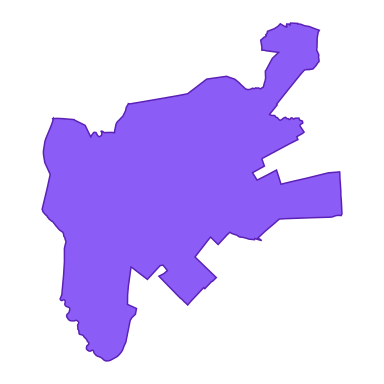 Halmeu, Satu Mare, Romania
{"feature_id": "2599482B67315502601683", "entity_name": "Halmeu", "entity_type": "district", "adm_level": 2, "iso_a3": "ROU", "parent_name": "Romania", "parent_adm1": "Satu Mare", "projection": "mercator", "projection_center": [23.064, 47.974], "detail": "fine", "context": "isolated", "style": "filled", "palette": "violet", "viewbox_px": 384, "rotation_deg": 0, "n_neighbors": 0, "source": "geoboundaries", "source_scale": "gbopen_adm2", "svg_char_len": 5818}
<svg xmlns="http://www.w3.org/2000/svg" viewBox="0 0 384 384"><path d="M85.2,338.0L86.7,339.6L87.4,341.4L87.9,341.9L88.6,342.5L88.9,343.5L88.6,344.4L87.0,345.7L86.6,346.7L86.4,347.7L86.5,349.1L87.5,350.1L88.8,351.0L90.3,351.1L90.8,351.0L91.9,350.3L92.7,350.2L93.1,350.4L93.6,351.3L93.9,352.5L94.4,353.4L95.8,355.0L96.3,355.5L97.6,356.2L100.6,357.3L102.1,358.3L103.9,360.0L105.2,360.7L106.6,361.0L107.6,360.7L108.4,360.8L110.0,360.5L116.4,357.0L117.7,356.1L119.5,354.3L121.6,351.7L122.7,349.7L124.1,345.9L125.8,342.3L130.2,320.4L131.9,317.6L135.4,314.3L136.5,308.5L127.5,304.4L127.6,295.0L128.4,285.9L129.0,281.8L131.0,267.1L132.4,267.9L147.4,279.4L160.1,265.6L163.1,265.2L167.4,270.6L163.6,273.8L158.9,276.2L177.6,295.4L180.4,298.2L182.0,299.4L184.1,301.6L186.0,303.3L187.7,305.0L191.1,301.0L194.8,297.1L203.7,287.6L204.8,288.7L211.6,281.5L212.5,281.3L216.3,277.6L195.0,257.0L196.9,254.5L207.1,241.4L208.1,240.1L209.1,238.9L210.1,237.6L210.6,237.1L218.1,244.5L220.7,241.8L220.8,241.6L225.6,236.5L226.3,235.6L229.9,232.2L231.7,233.4L234.1,234.3L236.7,235.1L237.1,235.3L239.0,236.7L239.8,237.0L240.9,237.2L242.1,237.2L246.6,238.3L248.4,239.0L251.3,239.4L254.5,239.7L254.8,238.6L261.7,240.6L259.8,239.1L257.8,238.1L265.4,231.0L275.1,222.8L277.8,220.3L279.4,219.1L279.7,219.0L284.9,218.7L312.4,217.7L330.3,217.2L332.8,216.8L335.4,215.8L336.3,215.6L337.9,215.4L341.2,215.5L341.2,215.4L341.8,214.4L341.9,214.0L341.9,212.9L341.4,201.6L340.9,195.7L340.8,190.4L340.5,186.7L340.5,185.2L339.9,178.0L339.9,176.3L339.7,171.9L328.5,172.8L305.3,178.5L292.5,181.4L281.0,184.2L280.8,183.6L279.5,179.4L279.2,178.4L276.5,170.0L266.6,175.3L257.1,180.1L252.5,172.7L264.4,166.1L261.8,158.7L261.7,158.7L288.5,144.3L297.9,139.6L296.8,136.7L302.6,133.4L304.1,132.1L300.3,126.4L300.0,125.9L299.9,125.5L299.9,125.3L300.2,124.8L301.0,124.1L302.0,123.6L302.6,123.3L302.7,123.0L302.8,122.8L302.4,121.2L302.2,120.9L301.9,120.8L300.5,120.4L299.8,120.1L299.4,119.5L298.9,118.1L298.4,118.1L297.0,118.2L296.0,118.1L295.2,118.2L294.6,118.5L294.2,119.0L293.7,119.1L293.2,118.8L292.4,118.1L291.7,117.8L291.0,118.0L290.7,118.3L290.2,119.1L289.7,119.5L289.4,119.6L289.2,119.5L288.6,118.9L288.0,118.6L286.8,118.6L286.5,118.4L285.8,117.4L285.4,117.3L284.4,117.6L282.7,118.7L281.7,119.6L280.4,120.2L280.1,120.3L279.5,120.0L279.1,119.7L277.7,118.0L277.2,117.6L276.9,117.4L275.9,117.2L275.5,116.8L275.0,115.9L274.8,115.6L273.5,115.4L272.4,115.5L272.3,115.4L271.9,115.4L271.6,115.3L271.0,115.3L270.3,115.0L270.0,114.7L269.5,114.4L277.0,105.2L277.1,104.9L276.9,104.8L276.7,104.1L287.6,90.4L299.5,75.7L300.0,75.1L300.2,74.6L300.5,74.5L301.2,73.6L303.6,70.9L304.0,70.5L305.1,69.8L306.0,69.8L306.2,69.7L308.7,69.6L308.5,69.4L310.4,69.3L312.2,69.1L313.2,68.8L314.4,67.3L316.1,65.5L316.5,64.9L317.8,62.8L319.0,61.7L319.0,60.5L319.0,59.7L318.6,57.7L318.5,57.3L318.8,55.6L318.7,54.6L317.5,51.8L316.7,50.2L316.8,48.3L317.0,47.3L317.2,37.8L318.2,32.3L319.3,30.3L313.2,28.1L308.8,26.3L308.3,26.4L304.5,25.7L301.0,24.3L299.1,24.0L297.7,24.0L297.7,23.4L291.8,23.1L290.9,23.2L290.7,23.0L290.1,23.5L290.1,23.8L290.1,24.5L290.3,24.8L290.3,25.0L290.1,25.1L289.8,24.8L288.7,24.1L286.7,24.0L286.6,25.0L286.3,25.6L287.0,26.3L286.7,27.0L285.2,26.7L280.3,23.8L277.9,26.4L274.3,28.7L267.5,31.3L267.0,33.6L265.7,34.8L266.3,35.6L265.5,36.6L264.7,36.9L263.8,37.4L261.6,39.5L260.7,40.1L261.9,47.3L261.8,50.1L265.1,50.4L265.7,50.7L278.6,52.4L272.3,58.4L265.9,70.4L265.4,70.9L265.3,71.9L265.4,72.9L265.5,76.5L265.6,77.5L265.5,78.6L265.2,80.5L264.0,84.3L263.8,85.3L263.3,87.2L262.4,87.5L260.8,88.7L259.8,88.7L259.0,88.1L258.1,87.9L257.5,88.1L256.5,88.2L255.9,87.8L254.3,88.7L253.4,88.4L252.5,88.2L250.6,89.2L247.7,89.7L246.9,89.2L245.8,89.1L240.6,84.3L239.3,82.9L236.2,80.3L234.6,79.1L228.7,77.1L226.6,76.3L206.7,79.1L195.4,87.8L187.5,93.8L175.3,96.1L130.5,103.8L129.2,103.8L128.4,103.6L128.4,104.0L127.7,104.9L126.3,107.3L126.0,108.7L125.6,110.6L124.9,112.1L123.1,115.7L122.6,116.5L121.6,117.4L119.1,120.1L117.5,121.6L116.8,122.6L116.3,123.6L115.9,124.6L115.6,126.3L114.8,130.1L114.5,132.1L114.6,132.6L114.1,132.8L113.1,132.5L111.4,132.4L107.1,132.5L104.7,132.6L103.9,132.4L102.7,131.5L102.1,131.2L101.5,131.1L101.1,131.3L101.7,132.4L101.8,133.5L101.7,134.5L101.4,135.4L100.3,136.3L99.5,136.6L98.8,136.5L98.1,136.0L97.3,135.0L96.6,133.7L96.0,132.5L94.3,132.3L93.9,132.4L93.4,132.9L91.1,136.0L90.8,136.8L90.4,136.2L85.1,125.3L74.5,120.1L74.1,119.6L63.5,118.7L57.9,118.4L53.1,118.5L53.1,118.3L52.6,118.8L53.0,119.4L53.0,119.9L52.9,120.7L51.8,124.0L50.3,127.8L45.8,138.6L45.4,139.8L44.9,141.5L43.5,150.5L43.4,151.8L43.4,153.2L43.5,154.5L44.7,162.0L44.9,162.8L45.2,163.5L47.6,168.7L50.2,174.4L48.3,183.2L46.8,189.9L42.1,209.4L42.6,210.0L42.6,210.5L42.7,211.1L43.0,211.8L43.7,212.6L44.7,213.9L45.6,214.9L46.5,215.4L46.9,215.7L47.0,215.9L47.3,216.9L47.5,217.1L47.6,217.3L48.1,217.6L48.4,217.9L49.0,219.0L49.3,219.3L50.2,219.9L51.3,220.9L52.8,221.8L53.2,222.2L55.9,225.8L56.8,226.8L58.7,229.1L59.8,230.2L62.9,232.3L63.3,233.4L63.6,234.5L63.8,236.2L64.4,236.9L64.8,237.8L65.0,238.3L65.1,239.3L65.8,241.0L66.0,241.7L66.0,242.0L65.3,244.4L64.4,248.5L64.4,262.1L63.6,274.9L61.8,294.9L60.1,298.9L60.5,299.9L61.1,300.4L61.8,300.6L63.8,299.7L64.2,299.9L65.0,300.6L65.2,301.3L65.2,302.0L64.8,303.9L64.8,304.3L65.0,305.0L65.3,305.5L65.7,306.0L66.5,306.5L67.7,307.0L68.7,307.3L69.2,307.6L69.5,308.0L69.7,308.6L69.8,309.2L69.6,310.0L69.4,310.6L69.4,311.5L69.1,312.2L68.7,312.8L67.4,314.0L66.7,315.1L66.6,315.7L66.7,316.6L67.2,317.6L68.5,319.5L69.3,320.2L70.3,320.7L71.3,320.8L73.3,320.9L74.6,320.8L76.1,320.3L76.6,320.4L77.2,320.7L78.4,321.7L78.7,322.4L78.7,322.9L78.5,323.5L77.8,324.6L77.6,325.5L77.7,326.4L77.9,327.8L77.8,328.9L78.1,329.5L78.6,330.2L78.8,330.8L79.1,333.5L79.3,334.0L79.6,334.3L82.1,334.9L82.8,335.3L83.4,335.8L84.2,337.1L85.2,338.0Z" fill="#8b5cf6" stroke="#5b21b6" stroke-width="1.5"/></svg>